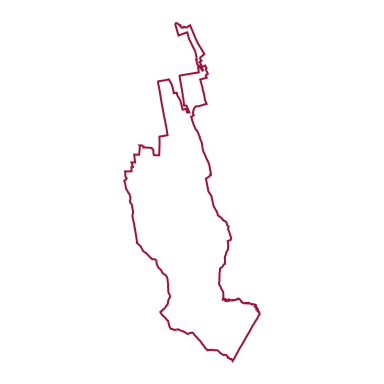 Sinesti, Iasi, Romania (Mercator projection)
{"feature_id": "2599482B42807435674688", "entity_name": "Sinesti", "entity_type": "district", "adm_level": 2, "iso_a3": "ROU", "parent_name": "Romania", "parent_adm1": "Iasi", "projection": "mercator", "projection_center": [27.207, 47.114], "detail": "fine", "context": "isolated", "style": "outline", "palette": "rose", "viewbox_px": 384, "rotation_deg": 0, "n_neighbors": 0, "source": "geoboundaries", "source_scale": "gbopen_adm2", "svg_char_len": 5990}
<svg xmlns="http://www.w3.org/2000/svg" viewBox="0 0 384 384"><path d="M230.2,359.1L231.4,358.9L232.6,361.0L234.4,358.2L239.8,348.1L242.2,344.3L246.7,336.2L247.7,334.6L248.6,333.0L249.4,331.8L252.8,325.3L253.7,324.2L254.8,322.2L257.3,318.4L258.8,315.4L259.6,314.4L259.7,313.6L259.5,313.4L259.4,312.9L258.7,312.4L258.6,312.2L258.9,312.0L258.9,311.6L258.3,311.2L257.7,311.1L258.2,309.6L257.6,310.2L257.0,309.9L257.5,309.7L257.8,309.2L257.5,309.0L257.0,309.1L256.5,308.7L256.9,307.9L256.2,307.6L256.3,307.1L256.2,306.5L255.4,307.1L254.8,306.5L255.2,306.2L255.2,305.6L255.7,304.9L255.3,304.6L253.5,304.5L253.0,304.1L252.3,304.5L251.9,304.1L251.3,304.1L250.9,303.7L249.2,303.4L248.5,302.7L248.2,302.9L247.9,303.4L247.5,302.9L246.4,303.1L245.8,302.8L245.7,302.9L245.8,303.3L245.0,303.5L244.2,303.1L243.2,303.0L242.2,302.5L242.1,302.0L242.0,301.9L241.4,301.8L241.3,301.2L240.4,300.3L240.3,299.9L239.5,299.0L238.8,298.6L237.9,298.7L237.8,299.0L237.3,298.9L237.0,299.5L236.5,299.4L235.7,299.8L235.2,299.8L234.4,300.3L233.3,299.9L232.3,300.5L231.9,300.0L231.3,300.4L230.9,300.3L230.2,300.4L229.8,300.3L229.6,299.8L229.1,299.3L228.8,299.3L228.6,299.5L228.8,300.4L228.7,300.9L228.4,301.1L228.1,301.1L227.8,300.5L227.5,300.2L227.0,300.1L226.3,300.3L226.1,301.1L225.4,301.0L225.3,300.8L225.4,300.6L225.9,300.6L225.9,299.5L225.5,299.0L225.2,299.0L224.8,299.7L224.6,299.4L224.4,299.4L223.9,299.6L222.9,299.7L223.1,299.1L222.9,298.5L223.4,298.0L223.3,292.7L222.7,291.0L221.9,289.9L220.9,287.8L220.5,286.7L219.0,284.1L219.2,281.7L219.4,281.0L219.5,280.0L219.3,278.3L219.6,276.8L219.4,275.0L219.5,273.2L220.1,269.9L219.9,269.2L220.3,268.2L221.9,267.3L222.5,266.6L223.7,264.7L224.3,264.1L225.0,263.8L224.9,262.5L225.0,260.5L224.8,257.8L225.0,256.6L225.9,254.4L226.4,252.2L227.7,249.9L228.0,248.7L228.2,245.7L227.7,241.0L230.6,239.9L230.9,239.3L231.2,238.0L230.4,235.9L229.1,231.6L228.2,229.6L228.0,228.7L228.7,226.6L227.3,225.4L226.8,223.3L226.3,222.5L226.2,221.8L223.8,220.6L223.4,219.9L222.8,219.9L221.8,218.2L217.8,215.3L217.7,214.1L216.5,211.0L215.4,209.4L213.5,205.8L211.3,195.7L208.4,191.5L207.2,185.1L205.9,178.6L208.1,177.3L211.0,174.9L210.8,174.5L210.3,174.4L210.6,173.4L210.9,173.2L210.1,170.0L209.3,164.9L207.9,161.2L206.4,158.5L205.2,155.4L203.4,151.6L203.1,150.7L202.5,147.6L202.2,145.1L201.6,142.1L200.9,141.0L199.6,137.2L199.8,136.9L198.4,133.8L198.2,133.1L197.5,131.6L195.3,128.6L194.6,126.7L193.4,124.1L192.8,121.9L192.1,120.3L191.7,118.2L191.3,117.4L191.2,116.6L192.0,116.5L193.8,115.2L193.7,114.9L193.3,114.3L193.0,113.5L193.0,112.6L193.5,110.0L194.5,107.8L195.8,106.4L198.5,106.3L204.9,104.3L206.6,103.9L205.3,100.9L204.9,99.4L203.9,93.7L202.7,89.4L202.4,87.0L202.0,86.3L201.1,82.6L200.2,79.5L206.7,77.7L206.5,77.0L205.8,76.0L205.7,75.4L207.6,74.1L207.4,73.7L207.7,73.5L205.8,69.4L205.9,68.9L206.5,68.4L206.5,68.1L205.1,65.5L202.4,67.1L200.3,63.2L199.4,62.2L201.5,60.9L200.1,58.9L200.4,57.3L204.4,54.1L198.4,44.2L196.3,40.2L190.1,25.3L189.3,26.1L188.4,26.2L186.9,27.4L186.3,27.5L185.3,27.4L183.9,26.6L183.7,26.8L183.3,27.4L182.1,27.8L180.9,27.1L180.6,26.8L180.5,26.4L180.7,25.8L180.4,25.1L179.4,25.1L178.6,24.3L177.9,23.7L176.1,23.0L175.4,24.1L175.4,24.8L178.5,35.5L187.2,32.3L189.1,39.0L195.2,51.4L196.5,57.0L196.6,58.2L196.2,59.4L196.5,59.4L196.8,59.8L196.6,61.7L197.1,63.8L197.4,64.5L198.1,65.2L200.0,66.1L201.4,67.3L201.6,67.9L203.1,70.1L202.4,70.6L201.3,68.8L200.2,67.6L199.4,67.4L198.1,67.3L198.8,72.4L183.6,74.9L179.6,75.7L180.0,78.9L182.5,93.3L182.8,95.4L182.7,96.5L183.3,97.9L184.0,105.6L186.4,105.6L189.4,112.4L187.2,112.6L186.4,109.8L185.8,109.0L182.6,109.6L180.5,101.0L180.2,100.5L179.5,99.1L177.6,95.9L176.9,94.2L177.0,93.1L176.6,92.9L175.9,92.7L173.7,93.2L173.5,91.3L172.7,88.1L172.6,87.2L172.3,86.1L171.8,85.5L171.8,84.6L169.3,80.1L168.8,79.3L165.8,80.1L159.0,81.2L158.1,81.5L158.0,82.0L158.5,85.5L158.8,86.3L159.7,91.3L162.1,105.7L163.4,112.1L164.0,116.1L165.0,120.2L165.5,123.3L166.2,126.5L167.5,135.2L159.5,136.6L159.4,137.5L159.5,138.9L159.6,142.6L159.2,155.3L154.0,155.2L153.4,153.0L153.3,149.7L152.2,148.9L151.6,147.9L144.3,147.4L143.6,147.5L143.6,146.5L142.8,146.4L142.0,145.4L139.6,145.4L139.9,145.7L139.9,146.3L139.1,154.7L134.2,154.6L135.1,162.5L131.4,162.4L133.0,166.9L131.5,166.9L131.5,171.2L129.4,171.4L125.0,171.4L125.3,172.7L125.3,175.1L125.4,176.2L125.7,177.2L126.5,178.1L126.6,178.5L125.9,179.7L125.1,180.0L124.4,180.7L124.3,181.2L125.2,183.5L126.0,188.6L127.3,190.6L128.2,192.6L128.8,193.2L129.7,194.8L130.4,197.7L130.5,198.9L129.9,200.4L130.1,202.3L131.4,204.0L131.9,204.7L132.2,207.0L132.7,209.9L133.1,211.1L133.0,212.9L132.4,215.5L132.5,216.9L134.1,224.2L136.4,237.6L137.0,242.1L137.0,242.7L137.1,242.8L136.9,243.0L138.1,243.9L140.6,246.4L141.1,247.1L142.9,250.7L143.7,251.5L146.7,253.6L150.0,257.3L151.3,258.1L152.1,259.2L154.9,259.3L156.2,260.3L156.5,261.2L156.6,263.7L158.0,266.9L158.5,267.7L160.2,269.2L161.2,270.3L161.9,271.9L162.9,273.4L165.7,275.2L166.9,276.9L167.4,278.4L168.0,284.0L168.2,285.0L168.0,287.5L168.4,289.3L168.2,290.8L168.6,293.0L169.7,294.8L170.1,296.7L169.9,297.2L169.5,297.8L169.3,298.4L168.9,298.8L168.2,300.8L167.9,303.1L167.6,304.2L166.3,305.7L165.9,306.6L165.0,307.9L163.6,309.3L163.0,309.5L162.3,310.5L160.4,311.8L160.4,312.3L160.5,312.6L161.3,313.4L161.6,314.4L164.9,317.4L167.3,320.3L167.8,320.5L168.2,320.9L168.3,322.0L169.5,326.6L170.9,328.9L171.3,329.0L172.7,329.1L174.3,330.0L175.1,329.7L176.7,329.6L178.0,329.3L179.1,329.7L180.5,330.5L182.9,331.3L185.0,332.2L185.8,332.9L187.7,334.0L188.2,333.9L189.0,333.4L190.6,332.8L192.3,332.7L192.8,332.8L193.9,333.9L194.4,334.9L197.8,338.4L198.2,339.2L200.0,340.7L202.6,344.5L203.5,345.3L204.2,346.5L204.7,347.1L205.1,348.0L205.6,348.5L207.1,349.6L207.6,350.4L207.8,350.4L208.9,349.8L210.2,350.1L211.9,349.7L213.6,350.2L217.4,350.3L218.9,351.4L219.6,352.4L220.7,353.3L223.5,355.1L224.9,354.7L226.0,354.8L226.8,355.9L227.7,356.6L227.9,357.1L227.8,357.7L228.0,357.9L228.5,357.7L229.2,358.0L229.5,358.5L229.8,358.6L230.2,359.1Z" fill="none" stroke="#9f1239" stroke-width="2"/></svg>